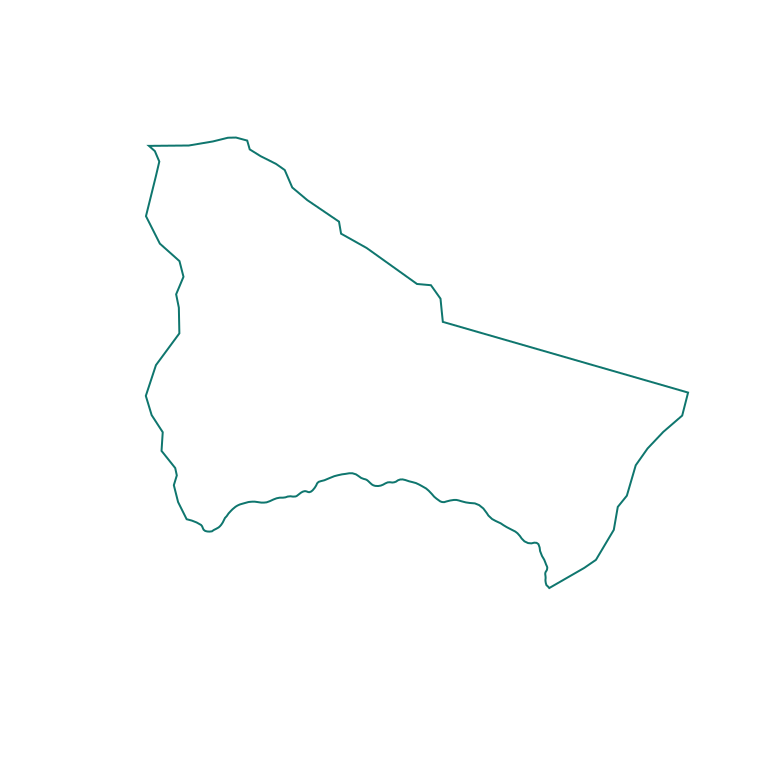 Djoukou, Kémo, Central African Republic, rotated 17°
{"feature_id": "33826404B12088014945622", "entity_name": "Djoukou", "entity_type": "district", "adm_level": 2, "iso_a3": "CAF", "parent_name": "Central African Republic", "parent_adm1": "Kémo", "projection": "albers", "projection_center": [19.458, 5.319], "detail": "fine", "context": "isolated", "style": "outline", "palette": "teal", "viewbox_px": 768, "rotation_deg": 17, "n_neighbors": 0, "source": "geoboundaries", "source_scale": "gbopen_adm2", "svg_char_len": 2683}
<svg xmlns="http://www.w3.org/2000/svg" viewBox="0 0 768 768"><g transform="rotate(17 384 384)"><path d="M678.4,327.0L677.3,303.3L422.1,307.4L417.8,297.2L413.1,285.9L400.0,275.8L386.3,278.7L327.6,259.0L299.0,252.8L293.5,241.9L256.9,230.6L238.8,222.9L226.5,208.4L216.4,205.1L199.4,202.2L187.0,198.9L182.0,191.2L170.4,191.6L162.8,194.1L149.4,202.1L127.6,213.0L89.6,225.0L96.8,228.3L104.1,237.0L105.1,252.0L107.3,293.1L128.6,315.3L152.5,326.3L160.9,340.1L159.0,359.0L165.5,371.0L173.5,395.4L160.4,432.6L159.7,465.0L170.9,481.7L186.5,494.8L190.8,513.0L208.9,525.4L212.6,532.0L212.6,542.2L221.6,557.1L234.8,571.0L240.1,570.8L245.3,571.2L250.3,572.3L251.6,573.2L253.0,574.9L254.1,576.1L256.0,576.8L258.1,576.7L260.2,576.2L262.5,575.2L263.9,573.4L265.9,571.5L267.8,569.5L268.7,568.0L269.5,566.2L270.3,563.5L270.8,560.4L271.1,558.6L272.2,556.4L273.2,553.2L274.8,549.9L275.8,548.0L277.9,544.8L279.4,543.1L281.3,541.4L283.1,540.2L288.9,536.5L291.7,535.3L294.9,534.3L297.4,533.9L301.3,533.3L303.9,532.5L306.3,531.5L309.1,529.4L312.0,526.8L314.7,524.7L317.7,523.1L320.7,522.2L322.9,521.2L324.8,519.8L327.4,518.7L329.9,518.3L332.3,517.4L333.2,516.7L334.7,514.6L336.3,512.3L337.7,510.8L339.2,509.8L340.5,509.4L341.9,509.4L343.2,509.5L344.2,509.3L345.6,508.3L346.6,506.9L346.9,506.4L348.1,503.5L348.8,500.9L349.1,498.5L350.1,496.7L352.1,495.3L355.1,493.5L359.3,490.0L363.4,486.7L366.5,484.8L370.2,482.7L373.7,481.1L376.7,479.6L379.9,478.6L383.6,478.6L386.3,479.4L389.6,480.5L392.4,480.7L394.4,480.6L396.0,480.9L397.6,481.6L399.8,482.7L401.7,483.6L403.4,484.0L405.4,484.0L408.2,483.3L410.6,482.1L412.6,480.5L414.4,478.6L416.3,477.0L418.4,476.2L420.8,475.8L422.5,475.0L424.0,473.9L425.5,472.0L427.4,470.6L429.7,469.8L432.5,469.6L436.4,469.7L440.1,469.5L443.5,469.4L447.0,469.9L449.9,470.5L454.8,471.6L458.0,473.0L461.9,475.2L464.9,477.1L467.7,478.3L472.1,479.8L474.0,479.9L476.1,479.4L478.0,478.1L481.3,476.1L484.6,474.5L487.1,473.7L489.6,473.5L492.4,473.5L496.9,473.3L500.8,472.7L505.8,471.6L510.4,472.0L515.4,474.0L520.3,477.6L522.3,479.3L526.8,481.5L530.6,482.3L533.3,482.7L536.3,483.1L539.6,484.1L543.2,485.0L548.1,485.9L552.6,486.7L555.3,487.7L558.4,489.6L560.8,491.5L564.3,493.4L568.3,494.0L571.6,493.3L574.1,491.8L576.4,491.3L578.5,492.0L580.6,494.8L582.1,498.1L585.4,502.3L588.6,505.2L591.0,508.2L591.8,509.3L592.4,509.9L593.7,511.5L593.9,512.3L594.1,513.3L594.1,514.4L593.9,515.3L593.6,516.2L593.5,517.4L593.7,518.5L594.2,519.6L594.7,520.7L595.3,522.3L595.6,523.9L596.0,525.1L596.9,527.0L598.1,528.8L600.3,529.9L601.7,530.8L629.2,501.4L638.1,490.2L646.4,456.3L643.5,433.2L648.9,419.8L648.5,388.1L654.9,368.6L665.1,348.1L678.4,327.0Z" fill="none" stroke="#0f766e" stroke-width="2"/></g></svg>